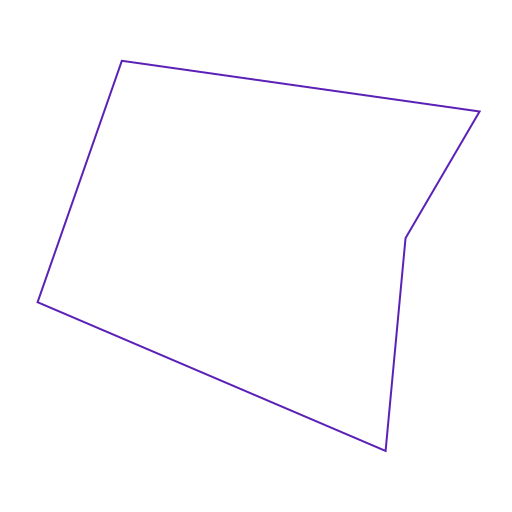 the district of Shirin city, Tashkent, Uzbekistan, rotated 273°
{"feature_id": "79887680B49075560647606", "entity_name": "Shirin city", "entity_type": "district", "adm_level": 2, "iso_a3": "UZB", "parent_name": "Uzbekistan", "parent_adm1": "Tashkent", "projection": "robinson", "projection_center": [69.117, 40.217], "detail": "fine", "context": "isolated", "style": "outline", "palette": "violet", "viewbox_px": 512, "rotation_deg": 273, "n_neighbors": 0, "source": "geoboundaries", "source_scale": "gbopen_adm2", "svg_char_len": 236}
<svg xmlns="http://www.w3.org/2000/svg" viewBox="0 0 512 512"><g transform="rotate(273 256 256)"><path d="M443.9,111.8L198.4,40.3L68.1,395.6L281.7,404.4L412.0,471.7L443.9,111.8Z" fill="none" stroke="#5b21b6" stroke-width="2"/></g></svg>